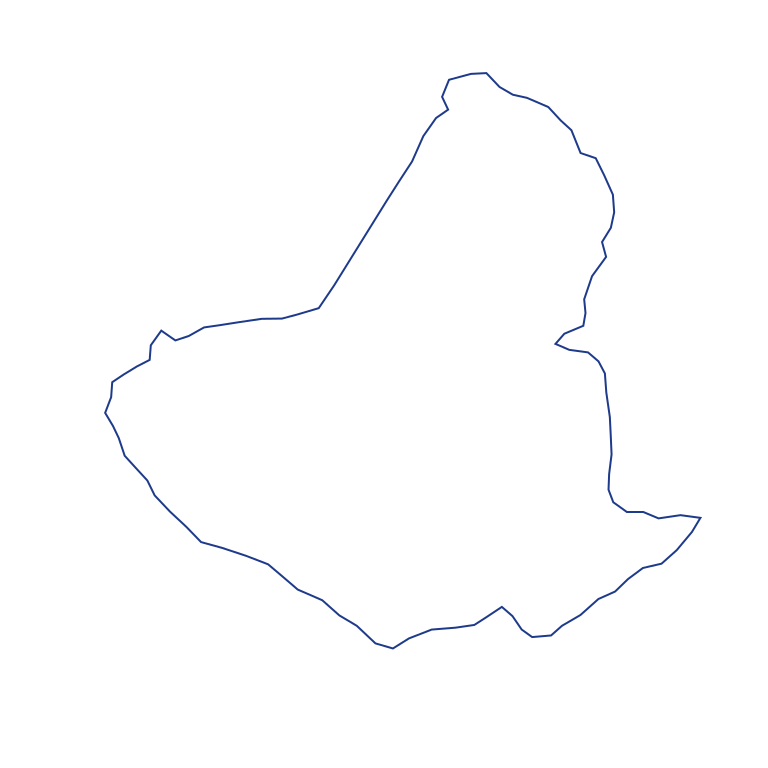 the district of Arujá, São Paulo, Brazil, rotated 257°
{"feature_id": "56859067B32247478352498", "entity_name": "Arujá", "entity_type": "district", "adm_level": 2, "iso_a3": "BRA", "parent_name": "Brazil", "parent_adm1": "São Paulo", "projection": "albers", "projection_center": [-46.318, -23.38], "detail": "fine", "context": "isolated", "style": "outline", "palette": "blue", "viewbox_px": 768, "rotation_deg": 257, "n_neighbors": 0, "source": "geoboundaries", "source_scale": "gbopen_adm2", "svg_char_len": 1402}
<svg xmlns="http://www.w3.org/2000/svg" viewBox="0 0 768 768"><g transform="rotate(257 384 384)"><path d="M665.8,515.8L650.7,505.2L636.9,508.2L631.5,494.6L616.7,478.1L594.5,461.4L577.8,444.0L562.2,428.1L491.5,357.8L472.6,337.5L471.2,314.9L470.7,299.3L475.0,279.6L476.9,256.1L478.3,236.7L479.6,221.4L474.7,204.6L473.4,190.5L486.1,179.0L474.2,165.5L460.2,161.1L456.7,147.2L451.8,132.5L446.9,119.6L432.6,115.2L418.6,105.8L404.0,110.5L391.0,113.4L372.4,115.2L357.8,123.4L343.2,131.7L327.0,135.5L307.9,146.7L289.2,159.3L271.1,170.2L260.6,189.6L247.7,210.8L234.4,230.5L219.0,242.0L203.1,253.7L187.2,275.2L168.6,288.4L154.5,303.1L133.2,317.3L124.3,333.2L130.5,351.1L134.0,375.2L130.5,398.7L128.9,417.8L133.8,431.4L140.3,448.7L128.9,457.0L113.8,462.9L104.1,471.4L101.4,490.2L108.4,503.1L114.7,523.4L126.3,544.6L129.8,562.5L139.0,577.8L146.5,594.9L146.5,614.0L156.3,631.9L170.6,650.8L182.4,662.2L189.5,643.4L191.3,621.3L201.0,607.8L204.6,591.9L217.2,580.8L230.5,579.0L245.6,583.1L264.2,589.9L283.1,593.4L300.9,596.6L325.7,598.7L344.6,601.6L357.8,598.1L368.9,589.9L375.6,572.2L384.5,560.1L392.4,571.0L395.9,591.3L407.8,596.3L421.5,598.1L442.3,611.0L457.9,629.0L473.3,628.4L485.2,640.2L499.5,646.9L517.0,649.6L537.8,645.5L556.4,641.1L564.8,627.5L589.1,623.7L601.0,615.5L616.9,606.4L630.7,587.6L636.9,574.6L647.4,563.4L663.9,553.7L666.6,538.5L665.8,515.8Z" fill="none" stroke="#1e3a8a" stroke-width="2"/></g></svg>